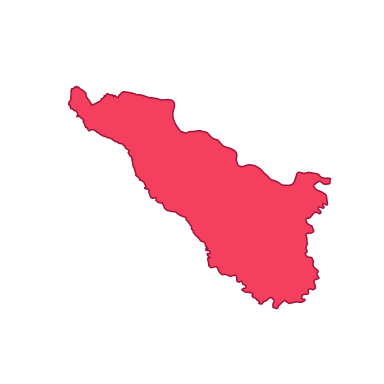 Puerto Salgar, Cundinamarca, Colombia, rotated 113°
{"feature_id": "7082276B40281843469492", "entity_name": "Puerto Salgar", "entity_type": "district", "adm_level": 2, "iso_a3": "COL", "parent_name": "Colombia", "parent_adm1": "Cundinamarca", "projection": "orthographic", "projection_center": [-74.592, 5.587], "detail": "fine", "context": "isolated", "style": "filled", "palette": "rose", "viewbox_px": 384, "rotation_deg": 113, "n_neighbors": 0, "source": "geoboundaries", "source_scale": "gbopen_adm2", "svg_char_len": 5990}
<svg xmlns="http://www.w3.org/2000/svg" viewBox="0 0 384 384"><g transform="rotate(113 192 192)"><path d="M125.5,69.8L126.1,72.4L127.5,75.0L128.0,78.6L127.9,79.4L126.9,81.3L126.3,82.9L126.5,84.9L127.5,88.4L128.0,91.4L129.2,93.6L131.0,95.8L131.9,101.1L132.2,101.6L133.3,102.4L134.2,102.5L142.6,101.8L145.1,102.4L146.5,103.3L148.1,105.5L150.2,111.0L150.3,112.3L149.3,117.1L149.3,120.7L149.8,123.1L149.7,124.8L148.2,127.7L146.2,133.5L144.4,137.1L143.5,141.3L143.2,144.7L144.4,149.6L145.1,150.9L149.0,155.5L149.4,156.6L149.6,158.6L149.3,159.8L148.7,161.0L147.1,162.3L144.1,164.4L141.7,164.7L139.5,165.7L138.3,167.0L137.6,168.3L137.0,171.2L136.9,173.4L137.5,179.3L137.4,181.5L136.8,183.0L134.2,188.2L134.1,189.3L134.5,192.1L134.5,194.0L133.6,196.7L131.7,200.4L131.4,201.4L132.4,208.5L133.6,211.0L135.2,213.2L136.9,217.1L138.9,219.4L139.9,220.1L140.3,220.8L140.5,224.9L140.3,227.0L137.2,232.0L136.0,233.6L134.4,235.5L131.7,238.0L128.9,239.6L126.7,240.5L123.9,241.1L120.9,241.3L118.9,242.0L117.1,243.1L116.2,244.1L115.7,245.0L115.5,246.8L116.1,249.8L118.8,254.9L119.4,257.0L119.8,261.4L122.0,269.1L122.3,275.0L122.8,277.6L123.7,279.9L124.1,282.3L124.2,284.7L124.6,287.1L126.3,293.8L126.6,294.4L127.3,295.0L128.9,295.8L131.6,296.8L134.0,297.2L134.1,299.1L133.7,299.5L133.3,300.9L133.6,301.3L134.7,301.4L133.7,303.5L134.1,304.1L134.5,305.3L134.6,308.6L137.1,309.1L137.6,309.7L137.6,310.3L137.9,310.2L138.1,309.7L138.4,310.2L138.9,310.1L140.3,310.5L141.6,311.8L142.9,311.6L144.0,311.9L149.9,316.8L151.2,318.4L150.1,319.2L149.4,320.6L147.5,323.0L146.9,324.5L145.0,326.9L143.9,327.7L143.0,327.9L142.5,328.5L142.0,329.4L141.1,332.3L140.8,335.2L139.9,337.2L139.8,337.8L140.3,338.7L140.0,339.7L140.7,340.1L141.0,340.8L142.7,341.3L143.6,342.3L143.9,343.0L144.5,343.1L146.2,342.8L149.2,341.4L152.6,340.5L154.0,339.6L154.8,339.6L157.2,340.4L159.6,339.7L160.0,339.0L160.1,338.0L161.5,337.2L162.6,335.9L162.1,334.5L163.1,332.5L162.9,331.2L162.5,330.8L162.6,330.3L163.8,328.6L165.4,327.4L166.2,327.3L167.3,327.6L167.5,327.4L167.2,326.5L166.4,326.0L166.4,325.7L167.8,320.2L168.6,319.4L168.9,319.4L169.0,319.9L169.7,319.7L171.9,316.9L173.3,316.0L174.1,315.0L173.8,314.4L173.7,313.9L175.0,312.5L175.9,310.8L175.5,310.1L174.1,309.4L173.4,307.7L173.2,306.1L173.4,304.5L174.1,303.4L174.1,301.2L174.9,299.0L174.9,296.9L175.2,296.1L174.7,292.3L175.0,290.8L174.4,288.9L174.7,287.3L174.4,286.6L174.9,285.5L175.6,281.7L174.8,280.2L175.7,278.8L175.6,277.0L174.9,275.9L175.1,274.3L176.0,273.3L175.6,272.1L176.4,271.2L177.2,270.8L177.6,270.2L178.3,266.6L178.7,265.7L179.3,265.7L180.5,266.2L182.9,263.3L183.2,261.8L183.8,260.6L185.1,260.5L185.4,259.3L186.6,259.4L188.7,257.6L190.4,256.9L192.5,254.9L194.2,253.1L195.5,252.3L196.5,251.2L198.6,250.2L199.7,246.5L200.1,245.7L201.3,244.9L201.4,244.4L201.1,242.6L201.7,240.4L202.2,239.6L205.0,236.5L205.5,236.4L206.4,237.1L207.1,237.0L207.3,236.0L206.7,234.7L206.6,233.7L206.9,232.4L208.3,231.9L209.9,230.9L212.6,228.3L213.3,227.2L213.1,225.6L211.4,223.1L211.6,222.5L212.2,222.1L213.8,222.0L214.7,219.5L214.6,216.9L213.6,215.3L213.6,214.9L217.7,210.8L218.6,208.0L218.6,206.6L218.0,205.0L218.1,203.6L217.6,202.7L217.6,201.6L216.7,199.6L217.8,196.0L218.0,194.4L218.2,191.3L217.8,188.1L218.3,187.4L219.9,186.4L221.4,183.1L224.2,178.8L226.4,177.9L227.1,175.9L228.5,175.2L229.1,174.3L231.0,170.5L231.7,168.0L233.7,164.8L233.4,162.2L233.7,160.2L235.5,159.0L236.6,158.0L237.6,155.3L238.1,155.4L238.5,155.8L238.4,156.9L240.1,156.7L240.1,155.5L239.5,153.6L239.7,152.3L240.4,151.5L240.9,151.3L241.6,151.5L242.4,153.5L243.1,153.8L243.8,153.5L244.3,152.7L245.3,149.9L245.9,149.9L246.2,151.5L246.7,151.6L247.9,151.2L251.1,148.8L253.2,147.8L254.2,145.6L254.1,144.6L253.4,143.5L252.2,142.4L251.2,140.4L251.9,139.0L254.7,136.0L255.4,134.9L256.1,133.0L256.3,131.8L255.1,129.9L254.9,129.1L254.6,127.6L254.7,123.7L251.9,120.3L251.6,119.1L253.1,117.5L255.7,116.3L256.6,115.6L256.7,114.2L256.4,113.1L255.5,112.6L254.9,111.9L254.8,111.4L255.2,110.7L256.7,109.5L257.0,108.5L256.9,106.7L257.4,105.7L257.8,105.3L259.1,105.0L259.6,105.3L260.8,107.1L262.3,107.9L262.8,107.6L263.3,104.0L261.6,98.0L261.7,96.7L262.3,96.1L262.8,95.9L263.7,96.4L264.0,96.3L264.7,95.5L265.1,93.9L264.9,91.9L266.0,90.0L266.4,87.3L266.8,86.9L268.2,87.1L268.5,86.3L268.0,84.3L267.7,83.8L264.9,83.2L262.7,80.8L260.1,79.9L258.4,78.4L258.2,77.6L258.9,75.5L259.6,74.3L260.2,73.8L261.2,73.5L262.6,73.8L263.5,73.7L265.7,72.8L266.6,72.2L266.2,68.5L265.9,68.1L265.2,67.9L263.0,67.9L260.2,66.6L258.2,66.0L256.9,65.0L255.9,64.7L255.5,63.7L256.2,62.1L256.6,58.8L255.5,57.7L254.8,56.2L253.7,55.3L252.1,52.3L251.0,48.5L249.0,46.4L247.6,45.8L247.1,45.9L246.7,46.8L247.4,47.8L247.4,48.4L247.1,49.4L245.6,50.1L243.6,50.0L242.4,48.8L241.1,45.9L240.1,45.2L239.3,45.2L237.9,46.4L237.1,46.6L236.1,46.6L235.6,46.3L235.0,45.8L234.8,44.9L234.8,43.1L234.6,42.3L233.0,41.1L232.1,40.9L230.1,42.0L227.5,44.5L226.5,44.9L225.5,44.8L224.5,44.2L222.0,41.5L221.6,41.5L219.2,44.5L218.4,45.1L217.7,45.2L216.3,44.7L215.8,44.9L215.1,45.5L214.3,48.5L213.5,50.5L212.9,51.4L211.3,52.4L208.7,53.1L206.3,55.2L205.9,55.9L205.7,57.4L206.6,59.4L206.6,60.5L205.6,62.6L204.4,63.8L202.1,62.7L201.7,62.8L201.1,63.1L200.4,64.3L198.9,65.2L197.0,65.8L196.3,65.5L194.7,65.5L192.6,66.9L188.9,68.7L187.5,70.2L186.9,70.5L185.6,70.1L184.4,68.9L183.5,66.7L181.7,64.9L181.1,64.7L179.8,64.9L178.8,66.3L176.8,68.0L176.5,68.6L176.5,70.3L175.9,73.7L173.1,76.3L172.4,76.5L171.4,76.2L170.6,74.4L169.4,73.3L163.8,71.6L162.9,71.0L162.2,70.2L161.9,69.3L162.2,66.4L161.9,65.8L161.5,65.4L160.3,65.4L159.8,65.7L159.3,66.3L158.2,69.4L157.7,69.7L156.7,69.7L156.0,69.1L155.8,65.8L155.5,64.6L154.3,64.5L153.9,64.9L152.9,66.7L152.3,67.0L151.7,66.9L151.3,66.6L151.2,66.0L151.4,63.4L151.0,62.5L150.5,62.4L143.5,66.5L142.2,68.0L141.8,68.8L141.3,72.7L141.3,78.0L140.6,80.0L139.4,82.0L138.9,82.4L138.1,82.6L137.4,82.4L135.6,81.2L133.8,80.4L132.2,78.6L132.2,77.1L133.1,74.5L133.1,73.5L132.3,71.2L130.7,68.8L130.2,68.5L129.6,68.5L128.0,69.4L125.5,69.8Z" fill="#f43f5e" stroke="#9f1239" stroke-width="1.5"/></g></svg>